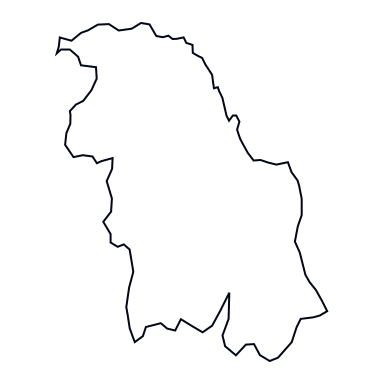 Axylou, Paphos, Cyprus
{"feature_id": "46923920B14417206276385", "entity_name": "Axylou", "entity_type": "district", "adm_level": 2, "iso_a3": "CYP", "parent_name": "Cyprus", "parent_adm1": "Paphos", "projection": "equal_earth", "projection_center": [32.554, 34.805], "detail": "fine", "context": "isolated", "style": "outline", "palette": "ink", "viewbox_px": 384, "rotation_deg": 0, "n_neighbors": 0, "source": "geoboundaries", "source_scale": "gbopen_adm2", "svg_char_len": 1564}
<svg xmlns="http://www.w3.org/2000/svg" viewBox="0 0 384 384"><path d="M69.9,111.1L70.5,115.1L70.3,123.9L66.4,133.0L65.1,144.8L73.5,157.1L82.8,155.2L92.5,156.5L96.9,163.2L101.6,161.1L112.6,158.1L112.1,168.8L106.7,181.1L111.9,198.5L111.1,211.6L103.3,221.8L109.1,231.6L110.6,234.0L110.6,242.5L117.7,246.8L123.8,244.4L129.6,249.5L131.9,263.1L133.3,271.8L129.1,287.6L126.3,307.1L127.7,315.1L129.7,328.3L133.2,337.9L134.8,342.1L142.9,336.1L145.9,327.0L160.8,323.2L167.2,328.6L175.2,330.5L180.9,319.2L189.9,324.8L202.6,332.3L212.2,325.6L220.2,310.9L229.3,292.7L228.6,318.9L222.5,335.5L225.1,346.2L235.9,355.3L245.9,344.6L254.0,344.1L259.9,355.1L269.7,361.0L278.0,357.7L291.7,342.2L296.6,327.2L300.7,318.9L313.5,317.3L319.8,315.5L326.3,311.7L327.2,311.2L321.8,300.5L315.9,290.0L309.5,282.0L305.4,274.8L299.8,252.6L294.9,241.6L297.8,226.4L301.7,215.1L301.7,198.8L299.1,185.7L297.6,180.5L291.6,172.3L287.9,162.2L276.4,164.6L268.6,162.7L260.5,160.0L253.6,160.5L247.9,153.0L243.2,144.6L240.1,138.7L238.5,134.0L237.1,129.6L239.4,121.6L236.2,115.5L232.9,115.5L229.0,120.7L226.5,115.6L223.8,104.0L222.4,97.8L219.3,91.5L217.8,87.2L214.0,88.3L213.3,83.9L212.1,74.8L205.3,64.4L202.1,57.9L198.1,56.0L192.8,52.9L192.5,44.9L186.3,42.9L183.6,37.4L176.9,38.8L172.6,39.0L168.4,35.7L162.8,37.2L156.3,36.0L149.5,24.4L141.0,23.0L131.7,28.7L118.7,30.5L108.9,24.1L97.9,24.6L88.1,30.3L81.0,32.9L71.5,40.7L59.8,37.5L58.8,46.6L56.8,53.3L61.0,49.5L69.8,49.5L78.1,56.7L81.0,65.3L96.0,67.2L96.7,78.7L91.3,90.4L83.2,100.9L75.9,104.6L69.9,111.1Z" fill="none" stroke="#020617" stroke-width="2"/></svg>